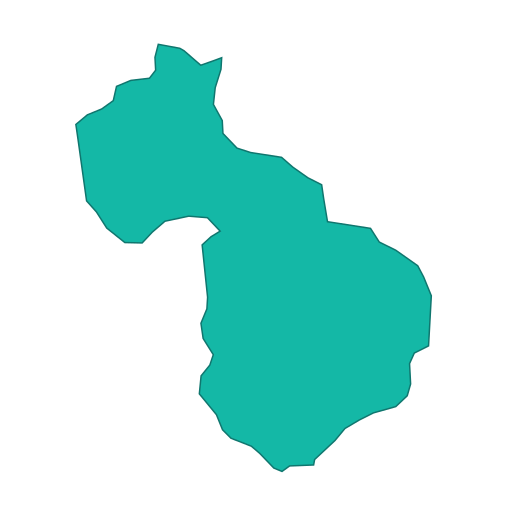 Icheon-si, Gyeonggi, South Korea (Robinson projection), rotated 177°
{"feature_id": "91817680B6202152929023", "entity_name": "Icheon-si", "entity_type": "district", "adm_level": 2, "iso_a3": "KOR", "parent_name": "South Korea", "parent_adm1": "Gyeonggi", "projection": "robinson", "projection_center": [127.497, 37.193], "detail": "fine", "context": "isolated", "style": "filled", "palette": "teal", "viewbox_px": 512, "rotation_deg": 177, "n_neighbors": 0, "source": "geoboundaries", "source_scale": "gbopen_adm2", "svg_char_len": 1075}
<svg xmlns="http://www.w3.org/2000/svg" viewBox="0 0 512 512"><g transform="rotate(177 256 256)"><path d="M88.4,157.2L83.0,207.1L89.7,226.3L95.0,237.8L116.2,254.5L132.2,263.5L140.2,277.6L182.8,286.5L185.4,309.6L186.7,323.7L193.8,327.8L200.1,331.4L214.7,342.9L225.3,353.2L255.9,359.6L269.3,364.7L282.6,380.1L282.6,393.0L290.6,409.6L287.9,426.3L281.2,444.3L279.9,455.8L287.9,453.3L301.2,449.4L317.2,464.8L321.2,467.4L342.5,472.5L346.5,459.7L346.5,446.8L353.1,439.1L371.8,437.9L386.4,432.7L390.4,418.6L402.4,410.9L417.0,405.8L429.0,396.8L427.6,381.4L422.3,319.9L413.0,308.3L403.6,291.7L386.3,276.3L369.0,275.0L358.4,285.2L345.1,295.5L321.1,299.3L302.5,296.8L290.5,282.7L299.9,277.6L309.2,269.9L306.5,217.3L307.8,205.8L314.5,191.7L313.1,176.4L303.8,159.7L307.8,149.5L317.1,139.2L319.8,121.3L303.8,99.6L298.5,84.2L290.5,75.3L270.6,66.3L262.6,58.7L249.3,43.3L241.3,39.5L233.4,44.6L209.4,44.3L208.1,49.7L186.8,67.6L176.2,79.1L161.5,86.8L146.9,93.2L124.3,98.3L112.3,108.5L108.3,120.1L108.3,140.5L103.0,150.8L88.4,157.2Z" fill="#14b8a6" stroke="#0f766e" stroke-width="1.5"/></g></svg>